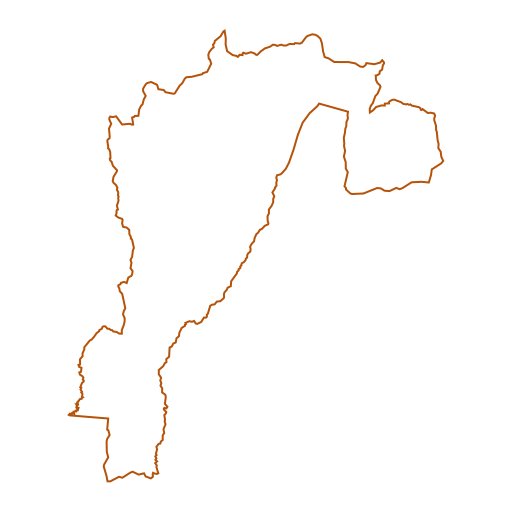 La Viña, Salta, Argentina (Natural Earth projection)
{"feature_id": "61730980B12479001808037", "entity_name": "La Viña", "entity_type": "district", "adm_level": 2, "iso_a3": "ARG", "parent_name": "Argentina", "parent_adm1": "Salta", "projection": "natural_earth1", "projection_center": [-65.611, -25.526], "detail": "fine", "context": "isolated", "style": "outline", "palette": "amber", "viewbox_px": 512, "rotation_deg": 0, "n_neighbors": 0, "source": "geoboundaries", "source_scale": "gbopen_adm2", "svg_char_len": 5963}
<svg xmlns="http://www.w3.org/2000/svg" viewBox="0 0 512 512"><path d="M382.2,60.2L380.2,62.6L374.3,64.2L366.4,63.1L365.5,65.2L363.2,66.9L360.3,66.6L355.3,63.4L348.7,62.1L334.2,62.0L328.5,58.3L324.7,57.1L323.1,51.4L321.9,43.2L320.4,38.7L317.5,35.9L315.4,34.8L312.3,34.3L307.4,36.0L306.0,37.2L301.8,42.8L300.0,43.6L295.0,43.1L294.2,44.1L289.5,44.0L286.2,45.5L283.5,45.5L281.2,44.7L277.1,45.9L275.1,44.9L273.0,44.7L270.0,46.7L264.9,48.4L260.6,51.5L257.4,54.8L256.3,54.9L254.3,53.3L250.9,52.2L246.0,53.7L243.3,52.7L242.6,53.5L242.5,55.1L239.5,54.8L238.2,56.7L237.5,56.8L236.6,55.9L232.7,55.1L227.1,51.1L225.6,44.4L225.8,38.5L224.6,30.7L223.4,31.5L220.6,36.2L214.8,41.0L214.4,43.1L213.0,44.7L213.7,47.3L211.6,49.0L209.2,52.2L208.3,54.8L208.8,58.8L209.9,59.5L211.2,63.7L207.2,71.8L202.9,73.2L202.3,74.2L191.7,76.8L186.5,77.2L184.9,78.5L182.2,83.3L179.7,85.6L174.8,93.3L173.6,93.8L165.5,92.2L163.7,90.0L158.4,89.2L157.1,84.8L151.1,82.0L147.3,83.0L145.8,84.2L143.1,88.6L143.1,91.2L145.7,95.9L143.8,99.4L142.5,104.4L141.0,105.8L139.2,109.5L138.4,115.8L134.8,116.0L134.2,116.8L132.1,117.5L133.2,124.5L132.0,124.7L130.0,123.8L122.1,124.5L116.1,116.3L112.9,117.1L110.2,116.6L109.4,117.8L109.3,119.5L111.2,123.8L109.0,128.6L109.7,136.6L109.5,138.3L107.8,139.5L107.3,140.8L108.3,147.2L108.0,148.3L109.3,149.4L110.2,152.2L110.5,158.0L109.8,158.5L110.2,160.4L111.6,161.8L112.9,165.8L117.0,170.2L116.9,171.3L113.5,176.9L112.7,181.2L113.6,182.9L116.1,185.1L117.4,187.8L116.9,189.9L118.0,191.7L118.3,193.4L117.9,195.3L118.6,196.4L118.2,197.7L118.5,200.8L116.9,205.7L117.9,209.6L116.8,210.1L116.4,211.5L116.7,212.7L115.7,215.5L118.2,217.5L122.1,218.9L122.6,219.9L122.1,223.5L123.1,226.8L126.7,227.6L129.2,229.8L129.4,234.3L130.9,236.9L130.8,238.6L131.8,239.2L132.3,240.6L133.9,248.0L132.9,250.4L132.1,256.8L130.5,260.0L131.5,262.8L130.5,268.2L132.6,271.1L132.1,274.4L131.4,275.8L128.3,277.6L126.7,283.0L124.0,281.9L120.9,282.9L120.4,284.3L118.4,285.2L118.2,286.3L119.3,288.4L119.8,291.2L122.2,293.9L125.3,308.3L123.8,311.0L123.0,314.3L124.7,318.3L124.6,321.4L123.9,324.7L121.8,330.1L121.8,333.7L119.3,333.6L116.6,332.0L113.2,331.4L112.2,330.2L110.7,330.0L109.1,328.7L107.5,328.8L105.3,326.3L103.4,326.3L102.4,327.1L101.7,328.9L99.4,330.0L99.1,331.3L96.7,333.0L93.9,337.0L91.6,339.6L89.8,340.5L84.3,347.3L84.3,349.3L82.5,353.4L82.6,356.1L80.0,359.3L80.1,364.5L78.5,364.9L79.1,366.8L81.5,367.8L81.0,371.8L79.3,372.4L79.9,374.6L82.4,376.2L83.4,377.6L82.8,379.6L83.7,380.4L83.7,381.5L82.0,383.0L80.3,387.2L81.3,387.7L80.5,389.6L82.0,391.8L81.3,392.4L82.5,394.0L82.0,396.5L82.9,397.3L81.7,397.9L81.6,398.8L79.7,399.2L78.6,401.2L77.7,401.6L77.8,403.0L77.0,403.1L77.0,404.1L77.9,404.0L78.1,404.7L77.2,405.4L76.5,405.0L77.0,406.1L76.3,407.3L77.0,408.6L77.8,407.7L78.5,407.8L77.8,410.4L76.5,410.6L76.2,411.3L75.5,410.8L74.7,411.7L73.8,411.7L74.2,413.7L72.7,412.7L71.6,413.2L71.8,414.1L70.3,414.3L69.7,413.8L68.8,414.9L69.8,415.4L108.2,418.5L107.2,429.6L108.3,430.2L109.6,435.1L107.2,438.9L106.6,441.3L106.8,451.8L108.2,457.4L104.2,464.4L103.7,466.4L106.5,475.9L107.5,481.3L110.4,481.3L119.0,476.8L122.4,477.7L130.2,472.7L132.6,471.7L138.7,474.6L144.0,473.3L145.6,476.4L150.8,478.4L152.9,476.8L152.7,474.0L153.1,472.8L154.7,473.6L157.1,473.9L158.3,473.3L156.4,467.0L156.8,465.4L155.2,463.1L157.1,461.4L155.4,459.8L156.4,458.4L155.3,456.4L156.6,455.1L155.9,453.8L157.1,449.3L156.4,446.8L158.6,443.9L160.4,443.5L160.8,441.6L162.7,440.0L162.7,435.4L164.2,433.1L163.5,429.2L165.5,424.3L164.7,421.4L165.0,419.5L164.3,415.1L165.6,413.8L166.3,412.1L163.9,409.5L163.8,408.7L164.4,407.9L166.3,408.4L167.4,406.8L164.9,403.8L165.8,396.9L165.3,394.7L162.1,392.4L162.2,388.3L160.5,385.6L161.3,383.3L160.3,380.4L161.1,377.7L158.8,374.3L158.8,370.0L163.2,366.2L164.8,363.2L166.4,362.2L166.3,359.1L169.1,356.8L169.6,347.5L171.7,346.6L173.2,343.6L175.7,342.5L176.5,338.3L178.9,336.3L179.4,332.6L181.7,327.9L185.0,325.8L185.0,324.7L185.9,324.1L185.4,322.9L189.5,321.2L192.0,321.8L194.0,320.9L195.8,323.5L197.2,323.9L201.2,322.0L203.9,317.6L206.0,317.6L206.9,316.6L206.8,314.8L207.9,313.6L210.2,305.8L212.0,304.7L214.6,304.4L216.8,301.6L220.3,301.2L223.7,298.2L224.1,297.0L223.9,294.5L224.5,292.3L226.8,289.8L227.6,287.7L230.8,286.2L231.2,281.2L236.9,273.4L237.1,271.9L238.6,270.4L238.6,269.2L240.3,268.0L240.2,266.5L241.4,265.5L241.3,264.4L242.0,263.1L243.8,262.2L245.5,260.2L245.8,258.7L247.1,257.5L247.3,254.8L248.2,253.3L250.3,251.6L250.6,248.4L250.0,247.0L251.6,243.9L254.0,241.4L254.7,237.8L256.4,234.1L258.2,232.6L259.8,229.8L261.8,229.0L264.8,225.8L268.2,224.3L268.4,223.1L267.7,221.1L267.5,216.2L268.9,213.6L268.9,209.5L271.6,205.8L273.2,202.3L273.2,198.9L274.3,196.3L272.4,192.4L275.1,188.3L275.0,187.5L276.5,185.7L276.3,183.0L276.9,180.0L276.3,177.6L277.0,175.3L280.6,174.3L282.3,172.8L285.9,168.7L289.0,162.6L293.5,149.8L297.8,135.0L302.7,122.6L309.6,113.2L317.2,106.3L319.1,103.6L348.0,111.7L347.5,115.1L347.9,118.6L346.4,122.1L346.3,126.2L345.3,128.8L345.0,132.5L343.8,137.8L344.3,143.9L344.0,145.8L345.1,150.9L343.9,156.6L345.7,162.1L345.8,168.6L347.8,172.1L344.5,186.3L346.0,188.1L346.0,189.5L350.4,193.5L352.1,194.0L363.4,193.5L377.2,188.0L380.8,188.4L384.5,190.7L389.5,191.1L396.3,187.9L399.7,189.2L402.5,188.1L411.6,182.3L421.6,181.8L428.8,182.5L431.0,175.1L431.8,169.4L441.3,163.3L443.2,160.9L441.3,156.7L440.7,151.8L438.3,148.1L438.6,143.9L437.6,140.1L436.8,131.8L436.1,130.1L436.0,125.6L434.3,120.5L434.2,118.5L435.1,115.7L434.2,113.5L430.6,112.7L427.8,113.0L422.6,109.1L421.6,110.0L420.8,109.8L420.4,108.2L418.9,107.2L411.8,105.6L410.4,104.4L409.1,104.8L407.3,104.0L406.0,104.4L403.1,103.8L401.1,102.2L394.1,99.6L392.2,99.9L389.6,101.3L388.8,102.4L389.0,103.4L384.8,103.6L384.7,105.6L381.6,105.4L376.1,107.0L373.1,110.3L369.9,112.5L369.7,109.0L370.8,105.9L372.9,103.0L375.3,96.1L377.6,93.7L380.5,86.8L379.9,85.3L377.5,83.1L376.0,80.0L375.7,75.5L376.8,75.4L379.4,73.9L379.8,71.3L382.1,69.6L382.8,65.4L384.1,63.3L383.8,62.1L382.2,60.2Z" fill="none" stroke="#b45309" stroke-width="2"/></svg>